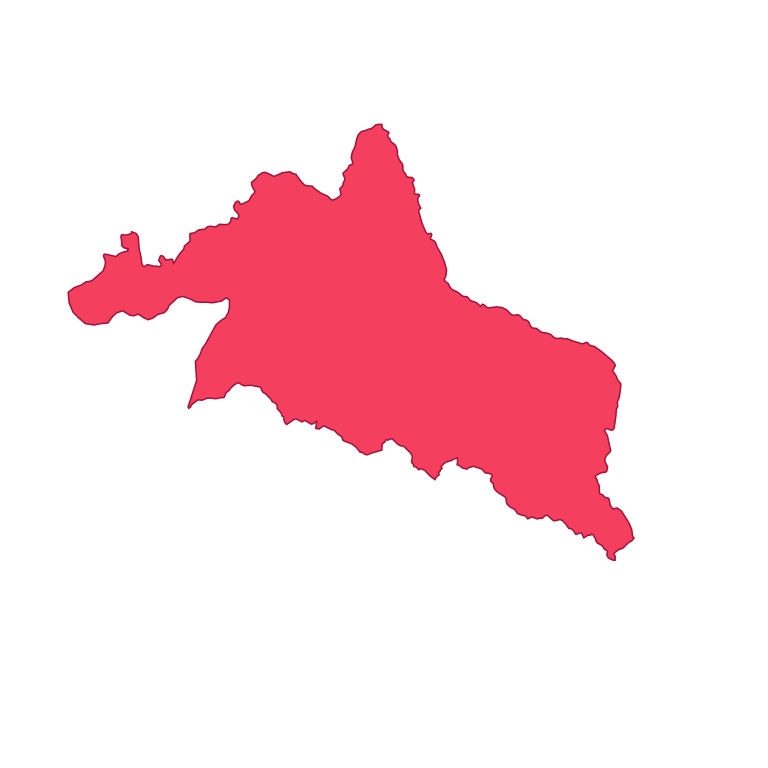 the district of Alejandría, Antioquia, Colombia, rotated 49°
{"feature_id": "7082276B80889552821395", "entity_name": "Alejandría", "entity_type": "district", "adm_level": 2, "iso_a3": "COL", "parent_name": "Colombia", "parent_adm1": "Antioquia", "projection": "albers", "projection_center": [-75.091, 6.356], "detail": "fine", "context": "isolated", "style": "filled", "palette": "rose", "viewbox_px": 768, "rotation_deg": 49, "n_neighbors": 0, "source": "geoboundaries", "source_scale": "gbopen_adm2", "svg_char_len": 6169}
<svg xmlns="http://www.w3.org/2000/svg" viewBox="0 0 768 768"><g transform="rotate(49 384 384)"><path d="M664.5,296.5L662.1,296.3L656.3,292.5L650.2,290.4L635.8,288.1L630.9,289.3L630.0,290.0L629.0,292.5L627.8,293.2L624.0,292.8L618.1,289.5L617.1,289.7L614.3,291.7L611.0,291.7L608.8,293.0L607.9,293.1L602.2,288.4L598.5,287.4L596.0,286.0L592.7,285.5L592.2,284.7L592.3,282.5L593.7,277.8L595.7,275.1L596.1,273.4L593.1,269.5L588.0,268.3L585.6,266.6L583.8,262.9L583.7,258.4L582.9,256.6L569.4,249.2L563.9,248.2L563.4,246.4L564.2,244.7L567.3,243.3L568.5,242.1L568.8,241.2L568.2,239.1L560.2,229.9L555.4,225.1L554.4,222.4L550.7,219.7L548.2,214.9L541.1,206.8L539.0,205.1L534.4,205.0L530.5,203.6L523.9,202.7L522.0,197.5L519.7,196.5L515.7,196.5L502.5,198.5L493.9,200.5L489.7,203.3L486.2,203.3L485.1,204.4L484.4,207.0L483.1,208.5L474.7,213.7L469.9,216.0L468.8,217.9L465.7,219.9L463.4,223.4L460.7,225.2L455.9,225.7L452.7,227.5L448.3,231.2L442.2,232.4L439.0,235.3L436.5,235.5L433.0,234.2L431.2,234.0L428.9,234.7L427.1,236.5L421.1,236.7L419.2,238.0L417.2,241.0L415.4,242.3L408.4,242.8L403.6,244.8L399.6,248.5L395.0,255.3L393.2,256.2L390.5,256.4L388.4,257.3L388.6,260.3L383.4,260.8L377.6,264.0L372.9,264.0L369.4,267.0L362.8,268.2L357.3,270.7L353.7,270.6L350.6,269.6L347.4,270.3L345.0,270.2L344.4,269.7L343.2,266.6L338.8,261.8L331.7,258.4L323.5,255.6L315.1,254.0L310.9,252.2L308.9,252.3L305.2,253.8L304.5,253.4L302.9,250.3L301.8,249.7L300.9,249.8L299.8,252.2L298.5,252.8L296.1,252.6L287.6,249.8L276.2,244.4L275.6,243.5L275.4,240.8L271.6,240.1L267.2,237.8L265.8,236.2L265.3,233.8L264.7,233.2L263.5,233.4L261.4,235.7L260.0,236.0L257.5,233.3L250.8,230.5L249.9,227.6L249.3,227.2L247.3,227.2L245.9,227.9L243.3,230.6L241.6,230.6L239.4,229.8L235.8,229.9L230.5,225.8L224.8,225.4L219.9,223.5L216.8,220.9L212.5,219.0L210.6,218.8L206.3,219.7L205.0,219.6L202.7,218.6L200.1,219.1L198.8,218.1L197.6,215.4L196.1,215.4L191.3,217.4L188.7,216.7L186.8,215.3L185.1,216.9L183.1,220.1L183.0,226.1L181.4,228.8L180.7,231.3L178.6,235.4L179.0,239.9L180.9,243.4L186.0,250.4L188.1,255.4L189.7,257.9L191.9,260.4L195.9,262.1L197.4,263.6L196.2,266.9L197.7,269.9L198.0,276.5L199.1,277.5L202.5,278.4L204.2,279.4L205.4,282.7L207.2,284.7L207.6,289.2L212.8,292.2L213.3,294.5L212.8,298.3L211.9,301.5L210.4,303.0L205.4,303.2L198.9,306.3L191.2,308.2L187.6,308.4L184.0,312.0L181.5,313.5L176.7,313.7L167.8,312.9L165.8,314.5L162.1,315.8L157.9,322.0L155.4,330.6L146.5,334.6L144.9,336.7L144.0,341.9L145.0,345.3L144.9,351.7L146.7,353.1L151.1,354.6L154.1,355.0L154.7,356.4L155.0,360.3L156.9,365.2L156.7,367.5L154.9,373.5L154.0,374.4L151.2,373.8L150.3,374.1L149.6,375.0L149.7,377.6L151.1,380.6L152.0,381.5L154.8,382.6L161.0,382.6L162.2,383.3L162.9,385.3L162.8,387.0L159.0,389.3L158.6,390.1L158.9,391.1L161.0,393.4L161.1,396.9L159.6,399.3L155.6,403.2L155.0,408.2L151.5,411.0L149.6,413.6L149.5,418.2L148.1,419.6L146.1,422.8L145.5,428.1L143.3,431.3L143.6,432.3L148.9,436.6L149.0,444.1L150.8,446.6L151.7,453.0L154.9,463.6L150.9,461.9L147.1,467.3L142.8,466.8L140.8,468.0L140.7,469.0L143.1,473.1L147.0,473.3L148.1,474.1L148.5,475.8L148.2,476.5L145.8,478.3L144.4,480.2L139.0,483.9L138.5,484.8L138.3,487.6L137.0,488.6L133.6,487.4L128.2,483.7L121.8,480.4L111.7,472.9L108.4,472.3L106.5,472.9L103.5,474.7L104.6,475.8L104.5,476.6L102.4,481.2L100.2,482.8L99.3,484.4L100.0,485.7L105.6,489.4L107.3,491.2L110.8,490.9L114.0,488.3L114.6,488.4L114.6,489.9L115.6,490.2L113.4,494.0L111.9,498.9L112.0,502.6L103.6,508.8L102.7,509.7L102.6,510.8L104.0,512.0L108.7,513.8L111.2,516.3L114.3,521.6L114.4,536.1L113.5,538.7L111.4,541.8L110.7,547.5L108.0,554.7L107.6,562.2L116.4,568.5L125.6,571.5L132.7,571.2L142.5,569.8L149.2,564.2L152.9,557.7L156.8,552.4L154.9,544.0L154.9,539.1L157.3,533.2L165.3,530.7L168.3,528.2L170.2,523.5L176.3,521.9L180.9,519.7L182.7,514.7L183.0,509.5L186.0,502.9L185.6,498.3L183.8,495.2L183.4,483.2L185.8,478.5L192.2,474.7L198.4,472.2L202.3,468.5L205.7,464.4L210.0,460.4L214.8,452.3L215.4,446.7L219.1,445.4L224.9,450.6L227.7,454.3L229.9,459.9L229.1,465.5L229.1,472.0L236.6,492.3L237.9,497.9L240.7,502.8L242.6,507.8L243.2,511.5L258.4,523.1L272.7,546.8L274.2,547.3L274.6,545.2L273.5,543.3L273.4,541.5L273.9,534.9L276.9,531.9L278.6,527.1L280.4,524.6L284.9,520.5L286.8,516.8L289.1,513.9L289.0,512.8L287.0,509.1L287.3,505.4L286.5,502.0L286.4,497.7L287.1,493.7L288.1,492.8L293.2,491.1L297.7,485.3L304.9,479.5L306.2,479.2L307.8,480.3L311.1,480.8L313.6,479.8L320.8,479.3L324.1,479.9L327.3,478.5L328.8,478.5L330.1,478.8L332.8,480.8L337.1,480.6L339.8,481.1L341.1,481.9L343.0,481.3L346.3,483.5L348.1,484.1L350.7,484.1L351.9,474.2L353.6,472.7L358.7,470.9L359.7,467.5L366.5,465.4L367.5,463.5L368.2,459.4L372.7,464.7L375.5,462.4L375.7,458.4L376.4,456.6L383.9,453.7L386.1,452.0L391.1,451.7L396.1,450.5L399.0,451.8L400.5,451.7L408.1,447.6L413.6,446.5L420.0,446.8L421.2,445.4L424.9,444.4L426.7,442.8L427.5,439.8L432.5,429.0L428.1,424.8L428.3,421.3L427.3,419.0L429.0,417.8L430.0,414.4L432.0,413.7L438.7,413.1L441.6,412.0L443.9,410.0L453.5,409.2L456.5,409.8L457.9,410.7L461.0,414.6L463.9,414.6L465.8,415.6L467.8,414.2L471.5,414.1L472.2,411.5L476.0,409.9L483.5,409.6L489.6,408.3L488.7,405.8L488.6,401.8L486.5,400.8L486.6,398.9L485.8,397.6L485.8,395.5L483.8,395.2L483.4,391.3L483.7,388.3L486.3,382.6L486.2,381.1L488.0,377.2L490.4,379.0L492.9,381.8L495.6,380.4L498.2,380.2L502.6,377.4L502.8,374.7L504.9,370.4L512.2,366.1L517.5,365.9L520.5,363.3L523.0,362.2L524.7,362.7L525.4,365.4L526.8,366.9L527.6,367.3L531.0,367.0L534.4,369.1L536.8,369.6L540.4,369.3L548.7,366.7L551.1,367.4L553.7,369.3L555.5,369.9L559.7,369.5L564.2,367.7L569.4,368.2L572.7,366.5L576.1,363.9L580.2,363.9L581.1,359.8L586.2,357.0L588.0,353.8L589.2,352.7L589.1,348.9L590.0,346.9L598.3,345.8L599.6,344.4L601.7,340.2L603.8,339.0L608.8,338.7L614.0,339.3L616.4,337.4L620.5,337.4L622.8,338.0L623.9,337.1L624.9,333.7L626.1,332.8L631.3,334.1L631.9,329.3L633.2,327.9L633.8,325.9L634.7,325.1L638.5,325.7L642.0,327.1L644.1,327.3L649.0,325.4L652.5,326.0L656.8,325.0L659.0,327.8L661.5,328.7L663.2,328.6L666.9,326.9L668.7,325.3L665.8,322.6L663.2,322.1L662.7,321.1L663.0,315.0L664.1,313.2L664.6,310.4L664.1,303.8L665.0,299.0L664.3,297.6L664.5,296.5Z" fill="#f43f5e" stroke="#9f1239" stroke-width="1.5"/></g></svg>